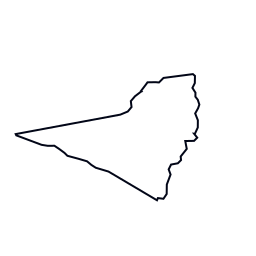 outline of St Phillip, Soufrière, Saint Lucia, rotated 225°
{"feature_id": "8701671B24452545338403", "entity_name": "St Phillip", "entity_type": "district", "adm_level": 2, "iso_a3": "LCA", "parent_name": "Saint Lucia", "parent_adm1": "Soufrière", "projection": "orthographic", "projection_center": [-61.028, 13.844], "detail": "fine", "context": "isolated", "style": "outline", "palette": "ink", "viewbox_px": 256, "rotation_deg": 225, "n_neighbors": 0, "source": "geoboundaries", "source_scale": "gbopen_adm2", "svg_char_len": 865}
<svg xmlns="http://www.w3.org/2000/svg" viewBox="0 0 256 256"><g transform="rotate(225 128 128)"><path d="M203.1,44.3L201.8,43.8L177.2,55.0L172.1,58.7L167.5,63.4L161.9,64.5L155.3,65.5L151.2,65.5L141.1,71.3L133.4,75.5L127.8,76.0L122.7,77.1L111.0,83.4L56.4,97.4L57.3,99.6L52.9,103.0L54.0,108.7L60.6,115.5L65.0,125.2L70.0,127.5L71.7,132.6L67.8,138.3L67.8,142.8L70.6,145.1L71.7,154.8L75.0,157.0L78.3,159.3L78.1,159.5L72.2,165.6L72.2,168.2L72.2,170.1L76.4,170.6L77.2,170.7L76.6,171.2L79.0,177.7L84.1,182.9L90.8,185.8L92.4,191.5L94.1,195.0L98.6,197.3L102.5,197.8L105.3,200.7L110.8,201.9L112.5,207.0L117.5,212.2L120.2,212.0L138.3,188.5L138.3,182.1L140.9,179.9L146.5,174.1L146.0,170.9L145.0,163.4L144.3,163.4L144.5,162.9L145.5,155.4L145.0,149.0L140.3,145.3L139.8,139.5L142.9,132.0L170.7,91.5L192.8,59.3L203.1,44.3Z" fill="none" stroke="#020617" stroke-width="2"/></g></svg>